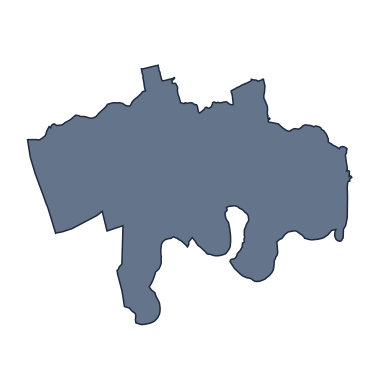 Ploscuteni, Vrancea, Romania, rotated 266°
{"feature_id": "2599482B48240980122833", "entity_name": "Ploscuteni", "entity_type": "district", "adm_level": 2, "iso_a3": "ROU", "parent_name": "Romania", "parent_adm1": "Vrancea", "projection": "robinson", "projection_center": [27.264, 46.078], "detail": "fine", "context": "isolated", "style": "filled", "palette": "slate", "viewbox_px": 384, "rotation_deg": 266, "n_neighbors": 0, "source": "geoboundaries", "source_scale": "gbopen_adm2", "svg_char_len": 6092}
<svg xmlns="http://www.w3.org/2000/svg" viewBox="0 0 384 384"><g transform="rotate(266 192 192)"><path d="M282.7,111.7L276.9,104.4L275.7,103.4L273.8,101.3L273.3,100.0L272.7,97.9L272.6,96.5L272.9,95.1L274.6,90.7L275.0,88.1L275.0,86.3L276.0,84.4L276.6,82.3L276.7,81.2L272.7,75.8L271.7,74.0L270.1,70.2L267.8,67.0L268.0,64.9L267.7,61.7L269.4,59.7L269.5,58.6L269.1,57.6L267.8,56.2L267.0,55.8L265.9,55.5L267.2,54.0L263.6,51.7L259.8,50.2L258.4,49.5L256.5,46.8L255.1,44.4L254.7,43.2L254.8,42.1L255.2,39.7L255.7,31.6L238.0,33.1L221.1,36.9L197.8,43.7L190.2,45.8L187.2,46.9L178.3,49.0L160.3,53.1L160.7,54.3L161.1,58.2L161.5,60.5L163.8,69.7L175.0,95.1L176.0,96.8L179.0,101.1L159.0,104.5L163.2,120.8L124.9,117.0L122.5,114.3L119.8,113.0L119.0,111.8L118.4,111.7L117.0,112.0L116.4,112.1L116.1,111.9L98.1,115.3L82.5,116.6L80.5,121.5L77.2,124.0L75.3,126.4L74.6,127.0L72.5,127.3L68.5,126.6L65.3,126.9L65.0,127.6L64.8,128.3L63.7,130.9L63.2,132.5L63.4,136.5L64.1,141.2L64.8,143.4L65.2,144.2L65.8,145.4L67.4,147.4L69.4,149.3L72.5,151.0L75.0,151.7L78.4,152.1L83.1,151.8L84.6,151.4L89.8,149.1L91.6,148.5L94.0,148.0L97.2,144.6L100.3,142.7L103.6,145.0L107.2,147.0L111.4,148.9L114.5,150.0L115.2,150.6L116.3,152.2L117.8,153.8L118.4,154.2L122.0,155.9L123.7,156.4L127.7,156.5L129.6,156.9L131.7,156.6L136.8,156.9L142.0,157.9L144.2,159.2L144.7,159.7L145.3,160.7L146.2,161.6L146.4,162.0L146.5,163.1L146.9,164.3L147.1,165.8L147.3,168.1L148.3,169.5L148.6,170.3L147.4,172.6L147.0,174.0L145.6,175.2L144.2,177.7L140.1,181.7L137.5,183.7L138.7,184.5L140.0,185.1L142.5,185.4L146.5,189.0L143.3,191.4L139.4,193.5L138.2,194.4L136.3,196.7L131.7,201.0L129.5,202.5L128.7,203.9L128.8,204.3L128.9,205.0L127.0,209.6L126.6,212.1L126.6,214.8L126.8,216.2L127.3,218.7L128.0,220.9L128.6,221.7L130.8,223.7L133.2,225.5L134.1,225.9L135.3,226.4L140.2,227.1L145.7,227.4L153.3,227.0L158.0,226.4L159.3,226.2L161.3,224.8L164.1,223.8L166.9,223.5L169.4,223.6L170.4,225.1L171.7,225.9L173.1,225.5L173.9,225.1L174.3,225.6L174.8,226.8L175.0,227.7L175.3,233.1L175.2,233.8L174.0,236.9L172.5,238.2L170.6,241.5L169.2,242.7L167.8,243.6L167.5,244.1L166.1,245.5L165.2,246.0L164.2,246.4L160.4,246.6L159.7,246.5L158.6,245.9L155.8,244.0L152.5,242.6L150.6,241.6L145.3,241.1L143.8,241.4L142.6,241.3L141.5,240.5L138.9,240.7L138.1,240.4L137.6,238.9L133.4,238.0L130.3,236.0L128.5,234.0L127.1,232.8L125.6,232.3L123.6,231.1L122.8,230.2L122.4,229.1L122.1,226.6L121.8,226.0L121.2,225.5L120.3,225.2L119.6,225.2L112.9,229.0L106.3,234.9L104.5,237.1L102.7,240.5L102.4,242.0L101.7,244.2L101.1,245.2L99.7,246.7L98.5,248.6L98.2,250.6L98.2,252.8L98.7,254.9L99.8,258.2L100.1,258.9L100.5,259.3L103.5,263.6L106.1,266.1L108.7,267.7L113.0,268.7L117.3,269.2L121.4,271.2L122.8,272.3L125.4,273.3L134.3,273.2L135.0,273.0L136.5,273.4L137.1,274.0L138.3,275.6L138.9,277.0L139.2,278.2L140.8,279.7L143.4,281.9L145.5,285.4L146.1,291.6L146.1,292.1L145.7,293.2L144.6,294.8L142.5,297.2L141.9,298.3L140.0,300.0L139.1,300.7L138.0,301.1L136.7,304.8L136.0,307.5L135.9,308.8L136.1,314.5L136.7,318.3L137.3,320.3L138.1,321.4L138.5,322.4L139.4,323.9L140.2,325.0L144.0,328.7L144.2,330.8L144.6,332.9L142.1,331.9L140.7,331.5L138.6,331.4L137.5,331.5L135.5,332.1L134.5,332.6L133.3,333.9L132.5,336.1L132.9,337.4L133.7,338.2L134.8,338.6L135.3,339.4L136.8,339.7L144.3,340.5L147.7,342.9L155.6,345.1L176.1,346.8L185.9,347.2L190.0,347.9L191.1,348.2L191.8,348.7L191.9,349.1L191.8,349.7L192.0,350.2L193.0,350.2L194.3,350.6L195.3,352.4L196.4,351.9L196.9,351.2L197.1,350.7L196.6,349.8L201.7,350.5L202.4,349.2L202.1,347.7L203.4,348.3L205.3,348.6L211.3,348.0L218.1,347.6L219.2,348.1L220.2,348.9L222.3,349.0L224.2,349.7L225.6,348.4L225.9,347.8L226.5,346.6L226.8,345.3L226.7,343.8L226.5,343.4L225.9,342.6L224.9,341.9L226.9,339.4L228.7,336.1L230.3,334.4L231.1,332.9L232.3,331.4L233.4,331.6L235.6,331.6L240.2,330.1L244.0,327.7L245.1,325.8L247.1,324.8L247.5,324.4L248.5,322.6L249.0,320.8L249.1,319.4L248.6,317.9L249.4,316.6L250.2,314.4L251.1,309.5L250.2,307.2L248.3,304.8L247.5,303.3L247.3,302.4L247.9,299.7L248.1,298.4L246.9,295.3L246.3,294.6L245.8,293.2L246.5,291.0L247.4,289.7L250.0,286.5L253.9,282.9L255.9,275.9L256.1,274.0L256.3,273.5L256.8,273.1L257.4,272.9L258.1,273.1L259.5,274.8L260.0,274.8L260.4,274.4L259.8,273.2L261.7,272.7L261.9,272.9L262.7,273.1L264.5,272.6L267.1,272.8L268.7,273.2L272.2,273.1L278.6,271.0L280.4,270.3L281.2,270.2L283.4,270.4L286.7,271.3L292.6,272.2L297.5,271.4L298.1,271.1L298.6,271.3L299.6,271.1L299.7,270.7L298.9,269.3L297.9,265.5L298.7,264.6L299.1,263.8L299.4,262.5L299.5,261.4L300.3,259.0L299.0,258.8L298.6,258.5L297.0,254.7L295.3,249.5L293.5,245.9L293.0,244.0L292.0,242.3L290.9,239.6L290.0,238.1L289.1,238.1L287.7,238.6L284.3,239.0L276.7,239.3L276.4,239.0L276.3,237.8L276.5,236.9L276.9,235.9L277.4,235.1L279.2,233.3L279.5,232.6L279.6,230.8L278.9,226.5L278.9,225.7L279.7,224.3L279.2,222.1L280.0,221.1L280.2,219.6L279.6,218.8L278.2,218.5L275.5,217.1L275.0,215.8L274.4,214.8L274.4,213.8L275.3,213.0L275.5,212.1L275.4,211.4L274.9,210.8L273.4,209.8L272.8,208.7L270.9,206.3L270.3,204.9L270.5,204.6L271.5,204.1L276.9,203.3L278.2,202.9L278.7,202.6L279.0,201.8L279.0,200.9L279.2,200.4L279.9,199.7L280.8,198.5L281.1,197.7L281.2,196.6L280.8,193.8L280.9,193.1L281.4,192.2L281.5,191.6L281.4,191.2L280.8,190.5L280.8,190.1L281.8,186.8L285.8,186.1L289.0,185.3L289.9,184.9L291.0,184.7L293.6,184.5L295.5,184.7L296.0,184.9L298.0,184.8L301.4,183.2L301.6,182.8L301.6,180.3L301.8,179.9L304.6,179.8L305.9,181.8L306.8,182.5L307.2,182.6L307.4,182.4L307.4,182.1L306.9,181.5L306.4,181.2L306.6,180.8L306.3,180.5L306.4,179.7L305.2,173.2L304.9,170.6L305.3,170.0L307.0,169.3L307.7,169.3L311.8,168.5L313.9,168.4L314.4,168.0L316.1,167.5L318.7,167.4L319.2,167.1L320.8,167.1L320.5,164.7L318.4,152.7L318.3,151.5L318.4,150.1L313.9,150.6L311.7,151.2L309.3,151.0L304.9,151.6L298.9,152.0L296.1,152.7L296.0,152.4L295.8,150.6L295.4,149.6L293.2,147.6L290.1,143.7L288.1,140.7L286.2,138.8L284.8,137.9L283.5,137.2L282.3,136.3L282.1,135.9L282.1,135.3L282.5,133.0L283.3,131.3L285.2,128.9L286.0,126.4L286.2,125.4L286.1,124.1L286.5,119.8L286.4,119.0L285.5,114.2L284.9,113.4L282.7,111.7Z" fill="#64748b" stroke="#1e293b" stroke-width="1.5"/></g></svg>